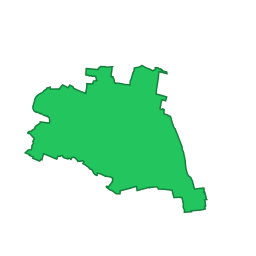 Rosiesti, Vaslui, Romania, rotated 17°
{"feature_id": "2599482B21360728377334", "entity_name": "Rosiesti", "entity_type": "district", "adm_level": 2, "iso_a3": "ROU", "parent_name": "Romania", "parent_adm1": "Vaslui", "projection": "robinson", "projection_center": [27.895, 46.447], "detail": "fine", "context": "isolated", "style": "filled", "palette": "green", "viewbox_px": 256, "rotation_deg": 17, "n_neighbors": 0, "source": "geoboundaries", "source_scale": "gbopen_adm2", "svg_char_len": 5683}
<svg xmlns="http://www.w3.org/2000/svg" viewBox="0 0 256 256"><g transform="rotate(17 128 128)"><path d="M213.2,189.5L212.8,188.7L221.6,185.1L225.5,182.9L225.2,182.3L224.2,180.8L224.6,180.6L225.1,179.9L224.1,177.9L223.4,176.1L222.2,174.4L224.2,173.4L223.7,173.1L223.5,172.7L223.2,172.5L223.1,171.8L222.5,171.1L222.4,170.8L222.4,170.4L222.2,170.2L221.9,169.6L221.1,168.9L221.0,168.1L220.6,168.0L220.5,167.5L220.3,167.5L220.0,167.6L219.6,167.5L219.7,167.4L219.9,167.2L219.7,166.9L219.8,166.6L219.6,166.5L219.4,166.4L219.4,166.1L219.1,165.9L218.9,165.7L219.0,165.5L218.9,165.3L218.2,164.3L218.4,164.1L218.1,163.6L218.2,163.4L217.4,163.4L216.9,163.6L215.5,164.3L215.4,164.4L215.2,164.5L213.8,165.0L210.9,166.4L209.5,166.9L205.7,161.0L205.3,160.0L204.2,158.9L203.3,158.2L202.8,157.3L201.5,156.7L199.8,156.0L199.5,155.8L198.2,154.5L195.5,150.3L193.7,146.3L192.2,142.4L188.8,136.2L188.3,135.1L185.7,132.1L185.6,131.0L185.2,130.3L183.7,128.2L179.1,122.5L177.5,120.3L176.1,118.7L173.1,114.8L172.3,114.6L171.0,113.2L170.3,112.1L168.5,109.6L166.0,105.7L165.3,104.5L162.7,104.4L162.7,104.1L158.1,103.9L157.2,99.8L155.5,99.6L155.4,100.2L155.3,100.3L154.5,100.4L153.0,100.3L152.9,100.2L152.7,98.0L152.7,96.9L152.5,96.2L152.2,93.8L152.3,91.0L156.0,91.0L155.9,87.0L151.1,87.0L144.9,87.3L144.7,86.6L144.5,85.1L143.8,81.8L143.8,81.1L143.7,80.7L143.4,78.9L143.4,78.6L143.0,75.6L142.7,74.0L142.4,72.3L142.3,71.3L142.3,70.9L142.1,70.0L142.0,69.8L141.6,67.9L141.3,65.9L141.2,65.1L149.4,64.6L148.6,63.1L145.3,63.3L143.2,63.2L143.4,62.3L142.2,62.0L141.6,62.0L140.5,62.4L139.6,61.7L139.4,61.7L138.2,62.0L136.9,62.1L136.4,62.3L137.1,63.8L137.1,64.2L137.0,64.4L135.4,65.5L135.0,66.0L133.7,65.8L131.5,65.3L129.8,65.2L128.7,65.3L126.4,64.9L124.5,64.5L123.9,64.2L123.0,64.1L121.7,65.7L120.7,66.6L116.6,68.7L116.7,70.0L117.2,71.2L116.9,72.0L116.6,74.3L116.8,79.7L116.7,80.3L116.4,82.2L116.8,84.2L117.4,86.2L117.3,86.3L115.1,86.7L113.9,86.8L112.3,87.4L110.2,87.4L105.6,88.0L103.5,88.7L102.8,89.0L102.8,88.8L102.5,88.5L101.7,88.4L101.2,87.5L101.1,86.7L100.4,85.8L100.0,85.1L99.7,85.2L98.7,83.4L96.9,83.9L96.6,83.3L96.3,81.6L96.1,80.9L96.1,80.2L95.6,77.1L95.2,75.5L95.0,74.5L95.2,74.0L89.5,76.2L89.1,76.1L88.8,76.0L86.9,76.3L85.3,76.9L83.9,77.1L83.7,77.3L83.7,77.6L82.9,78.7L82.7,79.1L82.2,79.6L82.2,79.9L82.3,80.4L82.3,80.9L70.7,83.3L72.2,89.6L72.5,89.7L74.0,89.2L74.7,89.3L75.8,89.5L76.2,89.5L76.6,89.1L77.8,88.4L78.5,89.1L78.8,89.1L80.8,88.2L81.9,88.0L82.0,88.0L82.5,89.0L84.3,91.9L83.8,92.1L82.8,92.6L81.8,92.9L81.3,93.2L81.3,93.6L81.4,94.3L81.2,95.0L81.5,96.2L76.4,97.4L76.5,97.5L76.1,97.6L75.7,97.7L76.4,100.0L76.8,102.2L76.9,103.0L76.9,103.6L77.0,104.5L77.2,106.3L77.5,107.3L69.7,106.7L65.4,106.1L64.2,105.8L63.5,104.8L63.1,104.6L59.9,104.0L58.8,107.0L52.8,105.9L50.8,110.8L50.7,111.4L49.8,111.1L49.4,111.2L42.5,113.5L41.7,111.8L41.5,111.6L40.3,112.8L38.9,113.3L38.7,113.6L38.5,114.9L38.2,115.2L37.9,115.4L37.4,116.0L37.1,116.5L36.4,117.6L36.2,118.5L36.1,118.8L35.3,119.7L34.5,120.2L32.9,122.0L31.9,123.3L31.1,124.9L30.7,126.5L30.5,128.2L30.7,129.3L30.8,133.0L30.7,134.8L30.8,135.3L31.3,136.9L31.6,137.4L32.4,138.3L33.0,138.9L33.7,139.4L35.1,139.6L35.6,139.8L36.2,139.3L40.0,140.0L40.2,139.6L44.1,140.4L46.7,140.5L46.9,140.1L47.5,140.2L47.9,140.7L48.7,140.9L49.9,141.4L50.8,143.7L51.3,144.5L51.2,146.4L42.9,147.7L42.3,147.8L42.5,148.9L42.3,149.4L39.5,152.8L38.8,154.4L38.8,154.6L39.0,155.4L39.0,155.8L38.6,156.5L38.0,157.2L37.6,157.5L37.1,158.0L36.5,159.2L36.1,159.6L34.7,160.0L33.8,161.2L33.6,161.6L33.7,162.2L33.9,162.4L34.2,162.5L35.2,162.0L36.4,162.3L38.0,163.5L40.8,165.0L41.1,165.3L41.4,166.4L41.1,167.3L41.1,168.1L40.9,168.5L40.9,168.8L42.0,169.8L42.0,170.2L41.6,171.7L41.3,173.0L41.6,174.0L41.9,176.0L41.8,176.8L41.6,177.3L41.4,177.5L39.7,177.8L39.4,178.0L39.0,178.2L38.8,178.6L38.5,179.6L37.7,180.4L37.0,181.8L41.7,182.1L41.9,182.2L41.7,183.0L46.1,183.5L45.8,184.8L53.1,185.5L53.5,184.8L53.8,183.5L55.0,183.6L54.7,177.3L62.0,177.9L66.1,178.4L68.9,178.6L69.0,178.4L69.2,178.0L68.8,177.0L68.9,176.7L69.0,176.4L69.0,175.9L69.1,175.6L70.6,175.1L71.5,174.9L71.6,174.7L71.7,174.4L72.5,173.8L72.8,173.7L73.4,173.8L74.4,174.7L75.7,175.2L76.2,175.2L78.5,175.1L79.1,174.8L79.2,175.2L79.7,175.2L80.0,174.4L80.2,174.1L81.7,174.1L82.3,174.9L82.5,174.9L82.8,174.3L83.0,172.5L83.2,172.3L84.3,172.2L84.7,171.9L85.5,172.0L85.7,171.8L86.1,172.0L86.3,172.2L87.1,172.7L87.4,172.5L88.4,173.4L90.0,174.3L90.0,174.5L90.7,174.2L91.1,174.0L91.5,174.0L91.9,173.5L92.7,173.5L93.0,173.4L93.3,173.1L93.5,173.1L93.7,172.7L93.9,172.6L94.4,172.7L94.9,172.8L95.5,173.2L95.8,173.2L95.2,175.2L98.1,175.8L100.3,176.6L100.7,176.7L101.4,177.0L103.5,178.3L104.0,178.4L104.7,178.2L105.6,178.4L108.1,180.8L108.3,181.1L109.0,181.6L110.2,182.3L112.2,182.5L112.3,182.4L111.9,180.1L115.0,179.9L119.0,180.5L120.3,180.8L121.2,180.5L124.3,180.1L124.7,180.1L126.1,180.0L126.5,180.1L126.9,180.0L127.6,180.5L128.1,180.4L128.2,180.5L128.2,181.6L128.4,181.8L128.4,182.3L128.6,182.7L128.6,183.3L128.7,183.7L128.6,184.2L128.8,184.4L128.1,185.6L128.0,186.0L126.8,189.2L126.7,189.8L126.3,189.9L124.9,189.9L124.4,190.1L124.4,190.7L124.5,190.8L125.5,191.2L128.9,192.4L130.5,192.6L131.3,192.6L135.8,194.3L139.5,193.4L139.6,192.9L138.8,190.4L147.3,185.2L153.0,181.4L153.2,181.5L153.7,182.2L154.7,184.7L155.0,185.2L165.6,178.5L165.9,179.0L166.8,178.3L168.6,177.4L170.5,176.8L171.6,176.2L173.4,175.8L174.8,177.4L174.9,177.5L179.5,176.2L188.4,174.6L189.7,177.1L191.1,179.1L192.2,181.1L198.3,179.0L198.7,179.0L198.8,179.1L199.8,178.7L201.7,181.8L202.3,183.2L202.6,183.5L203.0,184.1L203.2,184.6L203.8,187.1L204.2,188.0L204.7,188.6L205.4,189.2L206.4,191.0L206.5,191.3L206.4,191.7L206.5,192.1L213.2,189.5Z" fill="#22c55e" stroke="#15803d" stroke-width="1.5"/></g></svg>